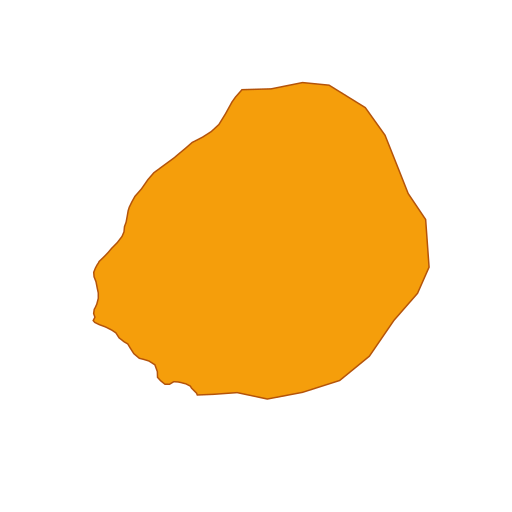 Mota, Vanuatu (Equal Earth projection), rotated 239°
{"feature_id": "77236927B83033077011178", "entity_name": "Mota", "entity_type": "district", "adm_level": 2, "iso_a3": "VUT", "parent_name": "Vanuatu", "parent_adm1": "", "projection": "equal_earth", "projection_center": [167.698, -13.846], "detail": "fine", "context": "isolated", "style": "filled", "palette": "amber", "viewbox_px": 512, "rotation_deg": 239, "n_neighbors": 0, "source": "geoboundaries", "source_scale": "gbopen_adm2", "svg_char_len": 1261}
<svg xmlns="http://www.w3.org/2000/svg" viewBox="0 0 512 512"><g transform="rotate(239 256 256)"><path d="M148.6,169.5L127.6,192.0L115.2,225.6L106.2,263.6L111.7,301.5L129.8,341.1L140.8,375.2L157.3,398.6L199.9,420.2L231.2,418.6L255.8,422.7L293.1,428.8L326.9,426.1L364.8,406.6L380.7,385.2L391.5,355.0L405.8,329.6L405.4,328.5L402.8,320.3L400.4,314.8L393.6,303.1L387.8,291.9L385.7,281.7L385.4,271.5L386.2,259.8L384.6,250.8L383.6,244.2L382.3,236.2L381.1,223.2L380.0,211.4L377.1,202.6L372.5,192.4L369.5,183.0L366.4,177.6L363.1,172.5L360.7,169.8L356.3,166.0L351.9,162.1L348.9,158.4L344.7,155.3L341.8,151.3L339.0,144.2L336.9,136.1L335.2,131.2L333.8,126.1L332.7,121.4L332.1,118.7L331.2,117.4L330.3,115.4L328.4,112.2L325.6,108.5L321.6,106.5L316.3,105.6L310.0,103.3L305.6,101.8L300.9,99.0L296.7,94.7L294.5,91.5L293.6,89.9L290.3,87.2L286.5,86.4L284.5,83.2L282.1,83.6L277.9,86.3L272.8,90.4L266.8,94.2L262.3,96.3L256.3,96.5L250.3,98.8L246.7,100.8L241.6,100.8L235.2,101.0L228.4,103.3L225.2,106.5L221.2,110.1L214.8,113.3L207.7,111.9L202.7,109.1L198.2,110.0L193.0,111.9L190.6,115.8L190.6,120.8L188.2,124.3L185.8,126.9L184.9,127.7L182.5,130.1L178.3,132.7L175.9,132.7L169.1,134.4L167.1,134.1L159.4,148.2L148.6,169.5Z" fill="#f59e0b" stroke="#b45309" stroke-width="1.5"/></g></svg>